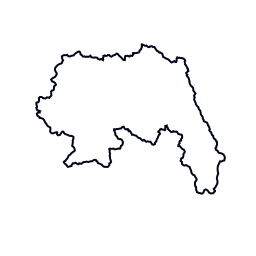 Espinar, Cusco, Peru (Robinson projection), rotated 340°
{"feature_id": "86281439B7669862240315", "entity_name": "Espinar", "entity_type": "district", "adm_level": 2, "iso_a3": "PER", "parent_name": "Peru", "parent_adm1": "Cusco", "projection": "robinson", "projection_center": [-71.342, -14.994], "detail": "fine", "context": "isolated", "style": "outline", "palette": "ink", "viewbox_px": 256, "rotation_deg": 340, "n_neighbors": 0, "source": "geoboundaries", "source_scale": "gbopen_adm2", "svg_char_len": 5816}
<svg xmlns="http://www.w3.org/2000/svg" viewBox="0 0 256 256"><g transform="rotate(340 128 128)"><path d="M90.3,38.2L89.9,40.9L90.1,42.3L89.0,43.0L88.4,44.1L87.8,44.5L85.0,44.5L83.3,44.9L80.8,46.1L79.4,47.7L79.2,49.7L79.7,52.2L79.2,53.4L77.0,55.0L73.8,55.5L72.3,56.2L72.6,58.2L73.7,59.0L74.9,60.8L75.1,62.7L74.7,63.0L73.0,63.4L71.2,66.8L70.1,67.0L69.2,66.8L68.2,67.4L67.1,71.2L65.8,72.0L65.0,72.1L64.4,72.8L62.4,71.5L60.6,72.0L58.5,71.0L57.5,69.4L55.9,68.7L54.5,69.3L54.0,71.4L52.9,72.9L52.5,73.1L50.7,72.8L50.1,74.0L49.8,76.9L49.4,77.4L48.8,77.6L48.7,80.1L49.1,80.7L50.0,81.0L51.0,82.0L50.4,82.2L50.3,83.2L49.1,82.8L48.0,83.0L47.1,83.6L47.0,84.5L47.3,85.7L48.5,87.4L48.4,88.3L49.1,88.5L51.5,90.5L51.9,92.3L52.1,94.9L52.7,95.8L52.7,97.3L53.5,99.1L55.1,100.9L54.8,102.4L53.6,104.6L54.0,106.1L54.4,106.7L56.0,107.5L57.4,107.3L59.8,107.6L59.9,108.2L59.2,109.5L59.6,110.7L59.9,111.0L61.6,111.2L64.8,109.0L65.6,109.0L66.1,109.6L66.2,111.1L66.9,112.2L68.6,113.5L70.2,115.2L72.6,116.4L73.6,117.5L73.3,119.1L72.0,120.5L71.2,122.7L69.5,125.7L69.5,126.2L70.2,126.9L70.6,128.2L70.6,129.9L70.2,131.1L65.7,132.5L65.0,133.1L62.8,133.7L60.5,136.0L59.1,136.5L58.1,137.4L57.0,137.5L56.0,138.0L56.2,139.3L57.6,141.9L58.0,143.8L58.9,144.2L60.6,144.1L61.8,144.4L62.4,143.4L64.2,142.3L65.4,142.8L66.8,142.7L68.5,144.9L69.1,145.2L70.1,144.5L71.9,145.7L74.5,144.8L75.6,145.2L77.5,145.4L79.3,146.5L81.1,146.4L83.0,146.9L85.0,146.4L85.9,146.5L86.9,147.1L86.9,148.3L87.7,148.8L87.7,150.6L90.1,152.7L91.1,153.9L91.2,154.9L92.3,156.3L95.2,157.5L96.0,157.6L98.0,156.3L98.3,154.9L99.7,154.7L100.5,154.1L100.8,150.3L101.3,148.8L101.2,147.9L102.3,146.3L102.5,144.3L103.1,142.9L103.2,141.3L103.5,141.1L106.0,142.2L107.4,142.4L108.0,143.3L108.7,143.7L112.3,144.1L113.2,144.7L113.5,144.7L115.3,142.4L116.8,142.0L117.9,140.7L118.5,139.1L118.1,136.9L117.1,135.8L116.0,135.5L114.9,134.5L114.8,132.8L113.8,130.1L114.2,128.8L114.2,124.9L114.6,124.4L115.4,125.2L117.0,125.0L118.2,125.6L120.1,125.7L121.4,126.1L122.7,125.2L124.4,125.3L124.7,127.6L125.2,128.3L125.9,128.7L127.3,128.8L128.0,129.6L127.9,130.2L127.4,130.5L127.7,131.4L128.8,131.6L129.2,132.9L129.5,135.8L130.7,136.1L131.5,137.0L133.0,138.0L134.5,140.9L135.9,141.8L137.3,144.8L137.7,145.0L139.0,144.6L140.4,147.2L142.0,147.3L143.1,148.1L144.4,148.6L145.2,151.8L146.3,152.5L147.8,152.3L148.3,151.1L149.9,150.3L151.3,148.4L152.4,147.6L153.8,145.9L154.9,145.0L156.2,144.4L156.3,144.2L155.1,142.0L155.4,141.5L156.8,141.4L157.6,140.3L159.1,140.3L159.8,141.3L161.1,141.9L162.0,142.7L162.5,142.3L163.8,138.8L165.3,139.0L164.9,140.3L165.4,141.3L165.3,142.9L167.1,146.5L167.9,146.9L169.4,146.4L169.9,147.2L172.4,148.0L172.8,148.6L173.1,150.5L174.1,151.5L175.9,152.5L176.2,152.9L176.1,154.3L175.2,156.0L174.1,156.6L173.5,158.0L172.6,157.9L171.8,158.3L171.3,159.2L171.2,160.2L169.7,161.0L169.1,162.2L170.5,162.8L171.7,165.9L173.2,167.8L173.3,169.6L172.6,170.5L171.3,171.3L170.2,173.7L169.4,174.6L168.9,174.9L167.8,174.7L166.2,176.9L167.1,178.4L166.4,180.2L167.4,181.9L168.2,182.6L169.8,182.7L172.6,185.8L172.5,187.8L172.8,189.3L172.3,191.6L172.9,193.9L174.3,195.2L174.5,197.2L174.9,198.5L174.8,200.0L173.8,201.0L172.6,201.6L171.7,203.6L171.3,205.6L171.8,206.7L171.0,208.9L170.9,211.8L172.8,213.7L173.3,213.7L174.5,214.8L175.0,214.9L175.7,214.9L176.9,214.4L178.5,212.5L180.1,212.3L181.6,214.2L182.1,216.4L183.2,217.7L185.5,218.4L186.6,218.1L187.2,217.5L188.1,217.2L188.3,216.6L187.7,215.3L187.7,214.5L190.0,213.6L190.8,212.6L191.5,212.2L193.0,210.6L193.8,209.0L194.3,205.5L196.2,202.7L197.2,201.8L197.3,200.4L198.3,196.7L199.5,194.4L203.1,190.8L204.4,191.5L206.6,191.2L207.2,191.5L207.5,191.3L208.8,189.2L209.0,188.0L208.7,185.6L207.0,183.7L204.9,182.5L204.4,181.1L204.5,180.0L203.4,179.0L203.1,177.7L203.3,176.8L204.4,176.4L204.7,175.3L205.7,174.5L206.3,173.2L206.5,171.8L206.9,171.2L206.2,170.2L206.2,168.6L205.2,167.4L205.1,165.4L205.4,164.4L204.6,163.4L204.6,160.3L204.0,159.4L203.6,158.3L203.6,157.8L204.4,157.3L204.5,156.9L204.5,153.9L204.1,153.4L204.2,150.9L203.9,149.8L201.6,147.6L201.8,146.3L201.5,144.9L201.9,142.9L201.2,140.7L201.2,139.8L201.7,137.4L201.7,136.2L201.1,134.8L201.2,132.5L200.5,131.2L199.9,128.9L200.1,127.7L199.9,123.7L200.4,122.8L201.2,122.1L201.0,121.4L201.1,120.2L203.2,118.7L202.2,115.0L202.9,112.8L202.5,111.5L201.6,110.2L201.5,109.1L201.3,108.6L201.2,107.0L201.5,106.2L201.4,105.6L201.8,105.3L201.8,103.3L202.1,102.2L201.7,100.6L201.3,99.9L201.2,98.8L202.0,98.3L201.4,97.0L201.5,96.1L204.3,95.0L204.1,94.3L204.5,93.2L204.1,92.4L204.4,91.5L203.9,90.1L203.9,88.8L203.4,87.6L203.8,86.3L203.9,85.0L204.6,84.6L204.8,83.3L203.7,81.6L202.3,80.6L201.1,80.2L200.5,79.5L199.1,79.3L198.4,78.5L197.2,79.7L196.8,81.3L195.9,82.5L195.1,82.3L194.5,81.0L191.5,81.4L190.8,80.6L189.5,77.5L188.0,76.2L186.6,74.5L185.4,73.4L185.6,70.0L184.0,67.9L183.3,68.0L183.1,67.8L182.7,66.4L181.8,65.7L181.2,64.1L180.5,60.9L178.9,60.2L178.6,59.5L178.3,59.3L176.5,58.9L175.9,59.3L175.2,59.2L174.1,58.2L173.5,56.8L172.0,56.5L169.9,54.2L169.4,54.2L169.0,56.2L168.6,56.5L168.5,57.1L167.6,57.8L166.9,58.7L165.4,59.1L165.0,60.0L164.1,60.7L161.2,60.4L158.4,59.3L158.1,59.7L158.2,60.6L156.8,61.7L156.5,61.7L155.1,60.8L154.0,61.4L152.4,60.1L150.2,59.4L149.6,60.0L148.2,63.1L147.0,62.6L145.8,59.5L144.4,57.1L143.7,54.9L143.0,54.2L142.2,54.3L140.8,54.9L138.7,54.8L136.9,55.3L135.8,54.5L135.4,53.1L133.8,52.6L133.0,52.9L132.0,52.8L131.4,52.4L131.1,51.9L130.5,52.1L129.6,51.8L129.3,52.8L128.5,53.5L128.2,55.1L127.7,55.7L126.5,54.0L126.1,53.8L124.9,54.1L124.2,53.5L123.3,52.6L123.1,51.5L121.4,50.5L119.8,50.2L117.7,48.9L117.4,47.2L115.7,47.6L114.7,47.5L113.8,46.8L112.6,46.8L111.8,45.9L110.2,45.6L109.3,43.4L108.6,42.6L108.9,40.4L108.1,39.3L106.6,39.3L104.0,40.0L101.6,41.2L99.7,40.8L98.1,40.9L97.0,40.5L96.4,39.9L95.8,38.4L94.4,38.4L92.9,37.6L90.8,37.8L90.3,38.2Z" fill="none" stroke="#020617" stroke-width="2"/></g></svg>